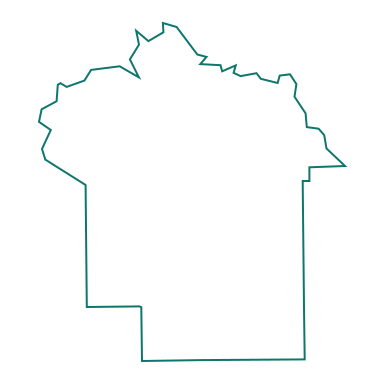 Montgomery, Alabama, United States of America
{"feature_id": "52423323B92545989664473", "entity_name": "Montgomery", "entity_type": "district", "adm_level": 2, "iso_a3": "USA", "parent_name": "United States of America", "parent_adm1": "Alabama", "projection": "robinson", "projection_center": [-86.22, 32.233], "detail": "fine", "context": "isolated", "style": "outline", "palette": "teal", "viewbox_px": 384, "rotation_deg": 0, "n_neighbors": 0, "source": "geoboundaries", "source_scale": "gbopen_adm2", "svg_char_len": 753}
<svg xmlns="http://www.w3.org/2000/svg" viewBox="0 0 384 384"><path d="M84.4,80.6L66.6,86.9L60.5,83.2L57.8,84.7L56.6,101.2L41.6,109.3L39.0,121.9L50.8,130.0L42.0,148.9L45.3,159.6L85.6,185.0L85.8,206.6L85.8,207.2L86.8,307.0L139.5,306.4L141.3,307.2L142.0,361.0L200.8,360.1L304.7,359.4L304.0,306.8L303.4,249.7L302.7,181.0L309.4,181.0L309.4,167.3L345.0,166.0L326.5,148.5L324.2,135.1L318.6,128.7L306.8,127.1L305.6,113.4L294.5,96.7L296.4,84.1L290.0,74.3L279.7,75.6L277.6,83.0L260.8,78.8L256.5,73.2L240.6,76.1L233.6,72.9L235.7,65.4L222.2,71.3L220.5,65.2L200.3,64.1L206.5,56.9L197.3,54.5L176.6,27.0L162.9,23.0L163.4,32.3L148.4,41.1L136.2,30.8L139.0,44.6L129.9,59.4L138.9,77.4L119.7,66.3L91.1,69.9L84.4,80.6Z" fill="none" stroke="#0f766e" stroke-width="2"/></svg>